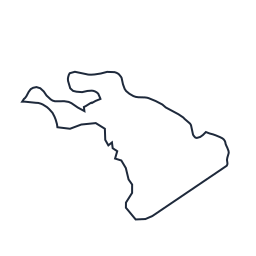 Alexander, Illinois, United States of America (Albers equal-area conic projection), rotated 146°
{"feature_id": "52423323B19456558082814", "entity_name": "Alexander", "entity_type": "district", "adm_level": 2, "iso_a3": "USA", "parent_name": "United States of America", "parent_adm1": "Illinois", "projection": "albers", "projection_center": [-89.326, 37.153], "detail": "fine", "context": "isolated", "style": "outline", "palette": "slate", "viewbox_px": 256, "rotation_deg": 146, "n_neighbors": 0, "source": "geoboundaries", "source_scale": "gbopen_adm2", "svg_char_len": 1716}
<svg xmlns="http://www.w3.org/2000/svg" viewBox="0 0 256 256"><g transform="rotate(146 128 128)"><path d="M132.8,196.3L140.6,204.3L145.7,206.0L147.4,205.1L149.1,203.7L150.4,202.3L151.4,200.5L153.7,193.2L152.8,189.5L150.4,186.9L146.0,183.4L140.9,181.4L137.1,179.2L135.8,178.0L134.8,176.6L134.0,175.0L133.5,173.1L134.4,168.1L134.6,167.5L139.8,168.6L143.8,168.9L143.8,169.3L145.0,169.6L151.0,169.8L152.8,170.1L154.7,166.4L158.2,173.1L161.0,180.2L162.6,182.8L165.8,185.8L173.6,191.0L175.2,192.9L176.1,195.0L177.4,200.5L177.4,205.4L178.5,210.0L181.0,213.1L184.2,214.4L186.9,214.6L190.1,213.5L194.6,211.1L196.7,210.4L198.0,210.3L201.0,209.0L198.9,207.6L190.4,200.5L188.3,198.9L186.5,196.7L185.5,195.1L183.5,190.6L182.8,187.8L182.1,182.8L182.6,178.5L183.3,175.3L184.7,171.0L186.1,168.1L176.5,159.8L164.8,157.0L152.0,150.1L147.6,140.3L153.5,130.9L154.0,124.6L149.4,125.0L152.0,119.8L149.9,114.8L155.8,109.9L151.7,104.8L152.2,96.0L156.3,85.0L156.2,78.8L160.9,71.9L171.4,67.3L174.3,63.1L172.8,47.9L164.5,42.8L157.0,41.4L67.3,41.5L66.1,42.2L66.0,42.3L65.3,43.1L63.8,46.2L62.3,47.8L58.9,50.6L58.3,51.2L57.5,52.8L56.7,56.2L56.4,58.3L56.0,60.2L55.3,61.8L55.0,63.0L55.0,64.9L55.5,66.6L56.7,68.8L59.4,72.9L61.1,75.2L63.3,77.7L65.7,81.1L66.2,81.0L69.8,80.3L73.1,80.2L76.0,81.1L76.8,81.5L77.5,82.4L77.7,83.2L77.9,85.3L77.7,86.4L74.2,95.1L74.1,96.9L76.0,103.9L76.3,105.8L78.5,111.2L85.2,123.9L86.4,128.3L90.0,134.9L94.2,141.2L95.2,142.4L96.9,143.9L102.2,147.7L104.2,149.5L105.7,151.5L107.7,155.6L108.9,159.7L108.9,162.3L107.7,167.1L105.3,173.1L105.2,174.4L105.5,177.6L105.8,178.5L106.6,180.1L107.9,181.8L113.9,186.2L120.1,188.4L125.8,191.1L128.9,192.9L131.1,194.5L132.8,196.3Z" fill="none" stroke="#1e293b" stroke-width="2"/></g></svg>